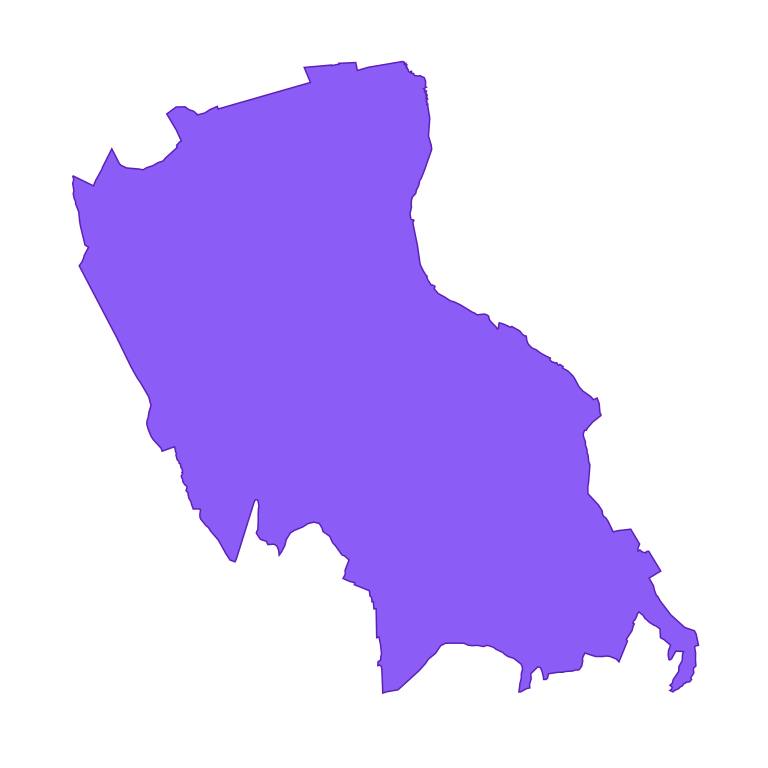 Sarbi, Bihor, Romania, rotated 357°
{"feature_id": "2599482B57220998873556", "entity_name": "Sarbi", "entity_type": "district", "adm_level": 2, "iso_a3": "ROU", "parent_name": "Romania", "parent_adm1": "Bihor", "projection": "orthographic", "projection_center": [22.14, 47.176], "detail": "fine", "context": "isolated", "style": "filled", "palette": "violet", "viewbox_px": 768, "rotation_deg": 357, "n_neighbors": 0, "source": "geoboundaries", "source_scale": "gbopen_adm2", "svg_char_len": 6090}
<svg xmlns="http://www.w3.org/2000/svg" viewBox="0 0 768 768"><g transform="rotate(357 384 384)"><path d="M502.6,698.6L504.4,698.6L510.3,695.7L513.7,695.1L513.6,691.5L515.6,686.1L515.4,681.0L522.9,674.5L525.5,675.6L526.8,679.4L527.8,684.4L527.9,687.4L530.6,687.5L532.0,686.1L533.1,682.0L542.6,681.0L547.6,681.2L550.0,680.6L557.7,680.5L560.0,679.7L562.9,679.8L564.2,679.3L566.7,676.0L568.0,670.9L567.8,668.7L568.1,667.6L570.5,663.2L581.0,667.2L587.4,667.6L591.7,667.3L595.1,667.8L601.6,670.8L604.1,673.8L613.7,653.4L612.6,651.7L618.7,643.4L620.3,638.5L621.4,636.7L620.1,635.9L621.0,633.7L622.4,632.5L624.3,628.9L625.0,626.8L626.5,625.0L630.4,628.3L632.3,631.6L636.8,636.1L641.2,639.2L642.9,639.8L646.8,643.0L646.8,651.8L650.5,654.1L656.5,659.9L654.2,665.0L653.6,669.3L654.1,674.1L655.1,674.5L656.8,673.5L661.4,666.1L669.2,666.9L668.0,669.5L667.3,675.8L663.7,681.6L663.2,686.5L657.4,694.2L656.1,698.1L653.8,699.8L655.9,701.8L655.2,703.9L653.5,705.0L656.5,706.6L658.3,705.2L662.2,703.7L663.9,702.1L666.0,701.2L668.0,698.8L668.8,698.8L670.0,697.8L673.8,697.3L675.7,695.1L675.1,693.6L675.2,692.9L677.7,689.7L678.3,688.5L678.0,685.5L678.4,683.8L680.7,682.0L680.6,676.3L681.1,668.6L680.5,663.7L681.0,662.0L684.4,661.4L682.6,649.9L681.1,646.7L671.5,642.8L658.3,629.5L648.7,615.4L646.0,610.1L645.0,609.6L643.3,604.1L642.5,599.6L638.6,591.7L650.6,585.3L639.6,564.9L637.3,565.0L637.1,565.7L636.2,566.3L633.0,565.2L630.8,563.1L628.9,564.1L629.0,561.4L630.9,557.2L622.8,541.9L610.0,542.7L605.1,543.6L600.6,532.8L598.5,529.3L596.4,527.7L595.4,525.2L595.3,522.3L591.9,516.1L581.9,504.2L582.2,497.1L583.1,493.2L585.4,475.6L584.3,471.7L584.1,466.0L583.2,462.9L583.3,460.1L581.9,455.1L582.1,452.1L580.5,447.0L580.4,444.0L581.9,440.7L583.7,440.7L584.7,438.9L590.2,433.1L599.0,426.8L598.9,425.3L598.4,424.9L598.1,423.1L597.9,415.0L596.1,409.1L592.5,410.7L589.8,407.4L582.1,401.3L578.6,397.0L574.9,389.0L573.2,386.0L568.2,380.5L563.3,377.6L563.8,376.0L560.6,373.6L559.2,374.4L558.6,374.2L557.8,372.0L556.9,371.7L556.0,372.1L554.3,371.0L553.4,371.2L550.9,368.7L551.5,366.8L547.5,364.8L542.0,361.3L537.8,357.8L533.9,355.9L531.7,353.7L529.9,351.2L528.9,348.0L528.6,343.6L526.9,343.2L525.0,341.8L522.3,338.1L514.6,333.2L513.4,334.0L506.9,330.6L502.3,328.9L501.7,330.5L501.3,334.0L500.0,335.0L499.3,333.4L494.4,327.8L492.6,325.2L491.9,321.5L489.7,320.0L487.6,319.4L480.5,319.8L478.2,317.9L476.3,317.1L464.3,308.9L458.7,305.8L454.4,304.3L449.1,300.3L442.9,296.5L439.1,291.6L440.0,289.1L437.4,287.6L436.4,287.8L433.2,282.2L432.3,279.6L432.7,279.0L432.5,278.3L431.9,278.1L429.2,273.2L426.4,266.6L424.6,247.2L421.5,226.4L421.4,223.6L422.4,222.6L422.3,221.9L421.6,221.5L420.2,221.5L419.5,220.6L418.9,215.3L420.8,208.3L420.5,206.4L421.0,202.0L422.1,198.8L425.7,195.3L426.4,192.3L428.9,187.9L429.9,184.6L429.9,183.8L430.8,181.9L431.8,180.9L435.9,171.9L443.9,152.3L443.7,148.1L441.4,138.7L443.6,121.0L442.3,109.1L442.4,106.8L441.3,107.0L441.7,105.0L441.5,103.8L440.9,103.7L441.5,102.6L442.5,102.0L442.2,101.2L440.9,100.8L442.0,99.7L441.2,99.2L441.3,98.5L442.2,97.9L441.9,97.0L441.0,97.4L440.9,97.1L441.1,95.6L440.5,95.4L440.4,94.6L441.4,94.7L441.7,93.6L439.8,93.4L440.2,92.1L439.2,91.2L440.2,91.1L440.7,89.8L441.7,89.8L441.2,89.2L441.1,88.0L441.4,84.1L440.3,80.3L436.0,77.9L433.4,78.3L432.6,77.8L430.7,77.7L429.7,75.4L428.4,75.4L427.3,74.8L428.0,73.9L427.8,73.1L427.2,73.1L426.3,74.1L425.1,73.4L424.8,73.0L424.7,71.3L423.9,70.9L423.5,70.0L423.8,69.6L423.2,68.6L422.5,68.5L423.6,66.7L422.1,66.4L422.7,64.9L422.0,64.9L421.6,65.9L421.3,65.9L420.9,65.2L421.1,63.7L419.4,62.9L384.9,66.9L373.8,69.5L372.6,61.5L355.6,61.4L355.8,62.3L348.3,63.3L348.3,62.7L320.9,63.7L326.3,79.0L232.7,100.7L232.1,98.0L224.5,100.9L219.1,104.0L212.7,105.3L211.4,105.4L211.3,104.6L208.1,101.6L203.3,99.7L199.9,96.8L190.9,96.5L181.2,103.0L190.0,119.8L194.3,130.7L192.6,131.6L189.3,134.8L189.8,137.0L177.7,146.8L174.9,149.8L170.2,151.0L164.3,154.0L158.4,155.5L154.7,157.5L150.0,156.4L138.4,154.8L132.7,151.8L131.1,149.7L124.5,134.9L114.0,153.3L113.9,154.2L106.6,165.8L104.2,170.9L84.6,160.0L84.1,160.4L84.9,163.7L83.6,167.3L84.4,174.5L83.6,177.9L84.3,182.4L85.6,186.0L85.4,187.7L88.2,196.3L88.6,205.5L89.2,210.9L92.7,229.6L96.1,232.0L91.4,239.8L90.5,242.7L88.8,246.3L85.8,250.0L119.5,323.6L132.3,353.7L137.6,364.5L140.6,369.4L148.3,384.3L150.2,393.3L147.9,399.5L146.6,405.7L145.7,407.3L145.1,410.6L145.2,412.8L146.4,417.7L148.8,424.4L150.9,427.8L158.0,436.4L158.9,439.5L171.5,435.7L172.2,439.0L172.1,440.1L173.1,442.7L172.5,444.0L173.5,448.8L175.2,450.7L175.3,452.5L176.7,453.3L176.5,454.3L176.9,456.8L178.3,458.9L178.0,460.0L178.3,461.2L177.6,461.8L178.2,462.5L178.1,462.9L176.7,465.4L177.0,466.7L177.7,467.8L178.1,471.2L179.8,474.2L181.7,475.8L181.8,477.5L180.7,480.1L182.7,482.6L182.5,483.7L183.2,488.0L185.1,491.6L185.5,494.2L187.0,498.9L191.4,498.9L194.2,499.6L193.2,505.2L193.4,508.1L194.1,509.6L198.8,516.1L201.2,518.2L203.1,521.7L210.4,531.2L217.2,545.1L221.1,551.8L225.9,553.8L227.3,551.3L248.0,495.5L249.4,492.9L251.6,493.1L252.2,494.8L252.7,499.5L252.1,501.8L251.4,509.1L251.5,510.8L250.4,522.7L249.1,524.9L248.7,526.3L251.9,531.9L253.1,533.0L258.3,534.9L259.6,538.3L265.4,538.2L267.0,538.9L268.8,540.6L270.0,544.4L270.4,549.4L273.0,546.1L276.4,540.4L278.3,534.2L282.7,527.8L286.6,525.6L295.4,522.5L300.9,519.4L306.8,518.3L312.1,519.9L314.6,524.7L315.4,528.2L321.8,533.2L324.4,539.8L327.1,543.1L333.1,552.5L335.6,553.6L339.9,557.9L335.4,567.9L335.4,571.8L332.9,576.1L339.7,579.5L344.4,580.9L343.9,582.9L358.6,589.7L358.9,595.0L360.4,596.5L360.6,600.9L361.9,600.8L362.2,608.1L364.4,607.9L363.4,637.0L365.7,636.3L366.9,644.0L367.4,653.4L366.5,656.1L366.3,659.4L363.5,661.1L363.1,664.9L365.3,664.6L366.7,666.3L366.9,670.1L366.6,692.6L370.7,691.5L382.1,690.1L403.9,672.2L410.8,665.3L413.8,661.2L421.3,655.7L426.9,648.3L431.8,646.1L443.4,646.6L450.3,647.1L454.3,649.2L458.2,649.9L463.7,649.9L469.8,651.4L472.6,650.5L474.4,650.6L479.6,652.7L482.0,654.8L488.7,658.4L490.2,660.1L493.5,662.6L499.1,664.7L506.2,670.8L507.4,674.2L507.2,676.8L506.0,680.3L505.7,684.9L504.1,690.2L502.6,698.6Z" fill="#8b5cf6" stroke="#5b21b6" stroke-width="1.5"/></g></svg>